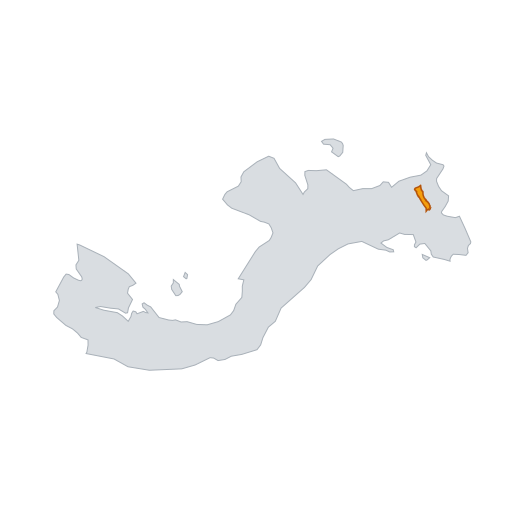 location of Boquerón, Chiriquí, Panama, rotated 156°
{"feature_id": "35544464B36404447942008", "entity_name": "Boquerón", "entity_type": "district", "adm_level": 2, "iso_a3": "PAN", "parent_name": "Panama", "parent_adm1": "Chiriquí", "projection": "albers", "projection_center": [-82.58, 8.629], "detail": "fine", "context": "in_parent", "style": "filled", "palette": "amber", "viewbox_px": 512, "rotation_deg": 156, "n_neighbors": 0, "source": "geoboundaries", "source_scale": "gbopen_adm2", "svg_char_len": 5509}
<svg xmlns="http://www.w3.org/2000/svg" viewBox="0 0 512 512"><g transform="rotate(156 256 256)"><path d="M450.9,236.0L449.6,237.0L445.7,242.8L443.6,247.7L448.8,252.7L450.4,258.2L453.3,264.1L457.9,269.9L463.1,280.9L464.3,285.3L462.9,288.2L458.1,290.1L453.7,295.3L452.6,301.6L453.5,304.7L440.2,315.0L436.8,316.7L434.5,315.2L431.6,310.2L428.1,306.1L426.2,304.7L425.2,304.7L424.1,305.6L423.7,307.8L425.5,317.3L424.1,321.1L419.6,324.1L414.6,339.6L412.5,337.7L395.1,317.2L379.9,291.6L376.7,280.0L380.5,279.3L384.2,279.5L386.2,277.7L388.5,274.3L386.5,266.5L393.7,260.4L396.4,256.4L398.4,256.8L403.2,263.6L410.1,267.5L418.6,273.1L423.8,274.3L417.1,268.4L405.7,260.6L402.4,255.5L399.3,248.3L394.9,251.5L392.9,254.2L390.6,255.7L388.5,253.9L388.2,251.6L381.4,251.2L379.7,249.1L377.9,248.0L378.8,252.4L380.1,255.2L379.5,258.5L377.3,258.8L375.4,255.4L372.9,252.3L369.6,239.2L361.9,233.1L358.4,231.1L355.5,230.4L351.3,226.2L345.6,224.0L338.0,217.6L328.6,213.0L317.1,211.4L303.3,212.6L298.6,215.2L295.5,218.5L294.0,220.1L285.8,223.9L282.8,229.4L280.8,234.0L276.8,239.2L281.5,242.4L254.8,260.3L249.5,262.9L237.5,264.8L234.7,266.7L231.1,270.2L230.6,275.6L231.2,280.1L234.7,283.6L237.8,285.8L245.4,296.3L258.7,309.5L261.3,314.3L263.4,321.5L259.4,324.9L256.3,326.4L243.7,327.0L239.3,329.9L237.6,334.3L232.9,337.9L216.6,341.6L203.8,342.0L199.8,337.9L198.8,326.4L190.1,306.7L188.0,293.1L185.8,294.8L181.3,296.4L179.7,299.8L178.6,309.8L177.0,313.2L173.4,312.9L166.2,309.4L156.6,306.1L144.2,284.8L142.9,280.8L140.5,276.1L131.0,274.1L123.0,270.5L114.1,270.0L109.6,272.0L105.0,269.4L104.2,263.6L95.0,266.2L83.1,265.3L72.5,262.8L65.3,264.2L59.2,268.3L60.0,278.9L58.3,281.0L58.0,276.6L55.9,271.7L53.3,267.5L48.0,263.3L47.7,261.7L49.8,259.5L59.5,253.3L60.7,250.8L60.9,245.4L60.0,240.2L55.6,232.6L58.1,228.0L63.1,224.2L68.2,221.2L69.1,220.0L68.2,217.4L65.2,214.6L58.2,209.9L54.0,209.6L53.8,196.0L54.0,181.5L55.1,180.1L57.7,179.2L59.7,177.0L60.9,172.7L63.9,171.2L69.4,174.5L75.1,177.4L77.4,176.5L79.2,175.1L80.4,173.7L80.8,172.3L85.3,176.2L94.5,183.0L95.1,186.4L94.2,189.6L96.7,198.8L101.5,200.2L106.4,198.4L107.5,200.1L106.7,201.8L104.2,203.7L103.6,211.6L111.5,215.3L115.4,218.6L128.5,217.0L133.3,217.9L136.6,217.0L133.0,210.6L128.1,205.9L128.5,203.8L132.2,205.3L135.0,208.5L141.5,212.5L153.4,226.3L167.0,229.6L177.8,229.1L187.8,227.2L203.7,221.8L215.3,212.0L224.5,207.6L254.3,198.2L264.9,188.5L269.3,187.2L273.6,186.0L282.9,178.6L287.9,172.9L293.2,170.0L309.0,171.9L319.3,174.5L326.4,174.1L333.2,175.9L336.2,180.0L339.3,181.8L356.0,181.2L369.7,183.1L399.9,195.0L418.0,206.9L427.6,219.7L450.9,236.0ZM149.5,334.1L145.6,334.5L137.6,331.4L131.7,325.4L131.2,323.5L131.4,321.5L134.6,315.4L138.8,313.3L140.5,313.3L144.6,320.4L141.8,323.1L143.0,327.5L148.8,330.7L149.5,334.1ZM342.5,265.0L341.1,268.1L337.7,261.3L338.2,259.5L337.9,253.4L341.1,251.8L343.4,251.6L345.4,252.4L346.6,259.7L345.7,263.0L342.5,265.0ZM104.3,186.5L103.5,189.8L98.0,183.8L101.3,182.8L102.5,182.9L104.3,186.5ZM330.6,266.6L327.4,269.8L326.1,266.8L328.3,263.6L329.1,263.6L330.6,266.6Z" fill="#d9dde1" stroke="#a8b0b8" stroke-width="1"/><path d="M82.9,253.2L83.9,252.6L84.0,252.5L84.0,252.4L83.9,252.4L83.7,252.4L83.7,252.2L83.8,251.8L83.8,251.7L83.9,251.4L83.8,250.9L83.7,250.8L83.7,250.7L83.6,250.4L83.4,250.2L83.2,250.0L83.2,249.9L83.3,249.8L83.3,249.7L83.2,249.5L83.1,249.4L83.3,249.1L83.5,249.1L83.6,248.8L83.6,248.7L83.6,248.4L83.6,248.2L83.6,247.9L83.6,247.7L83.6,247.4L83.7,247.2L83.6,246.9L83.6,246.7L83.7,246.4L83.6,246.2L83.7,245.9L83.6,245.7L83.5,245.4L83.5,245.2L83.4,245.0L83.5,244.9L83.5,244.7L83.4,244.6L83.5,244.5L83.4,244.4L83.3,244.2L83.2,244.1L83.3,244.0L83.2,243.9L83.3,243.7L83.2,243.5L83.2,243.4L83.2,243.2L83.0,242.9L83.0,242.7L82.9,242.3L82.9,242.2L82.9,241.9L82.8,241.7L82.8,241.4L82.9,241.2L82.9,240.9L82.8,240.7L82.7,240.6L82.8,240.5L82.8,240.4L82.8,240.2L81.9,234.0L81.1,230.5L81.4,229.8L82.3,227.7L80.5,228.6L80.4,228.6L80.2,228.6L79.8,228.6L79.7,228.6L79.4,228.6L79.4,228.4L79.4,228.2L79.2,227.8L79.2,227.7L78.9,227.6L78.7,227.7L78.7,227.8L78.4,227.8L78.2,227.9L78.1,228.0L77.9,228.1L77.7,228.2L77.6,228.3L77.5,228.5L77.4,228.6L77.5,228.6L77.6,228.8L77.6,229.0L77.5,229.4L77.4,229.5L77.3,229.8L77.3,230.0L77.2,230.2L77.0,230.3L76.9,230.4L76.8,230.5L76.7,230.6L76.7,230.9L76.6,231.0L76.7,231.3L76.8,231.3L76.8,231.5L76.8,231.8L76.7,232.0L76.7,232.3L76.7,232.5L76.7,232.8L76.6,233.0L76.6,233.3L76.6,233.5L76.8,233.8L76.7,233.9L76.7,234.0L76.8,234.3L76.8,234.5L77.0,234.7L77.0,234.8L77.0,235.0L77.1,235.3L77.2,235.5L77.3,235.6L77.2,235.7L77.3,235.8L77.3,236.0L77.4,236.3L77.6,236.4L77.6,236.5L77.8,236.7L77.8,236.8L77.7,237.0L77.8,237.3L77.8,237.6L77.8,237.8L78.0,237.8L77.9,237.9L77.8,238.0L77.9,238.3L78.0,238.4L78.1,238.6L78.2,238.8L78.3,238.9L78.2,239.0L78.3,239.1L78.4,239.3L78.4,239.5L78.4,239.8L78.4,240.0L78.5,240.2L78.5,240.3L78.7,240.6L78.7,240.8L78.8,240.9L78.8,241.0L78.8,241.3L78.7,241.5L78.6,241.8L78.6,242.0L78.7,242.4L78.6,242.5L78.6,243.0L78.6,243.3L78.5,243.5L78.5,243.8L78.5,244.0L78.4,244.3L78.2,244.6L78.2,244.8L78.1,245.0L78.0,245.3L78.0,245.5L77.9,245.7L77.9,245.8L77.7,246.1L77.6,246.3L77.4,246.5L77.4,246.8L77.5,247.1L77.5,247.3L77.5,247.6L77.7,247.8L77.8,247.8L77.9,248.0L77.9,248.3L78.0,248.5L78.1,248.9L78.1,249.1L77.8,249.3L77.8,249.5L77.8,249.8L77.9,250.3L77.8,250.5L77.8,250.8L77.7,251.0L77.7,251.3L77.6,251.5L77.4,251.7L77.4,251.8L77.5,252.1L77.4,252.4L77.4,252.5L77.2,252.6L77.1,252.8L77.1,253.0L77.0,253.3L76.9,253.4L76.9,253.5L79.3,253.0L82.9,253.2Z" fill="#f59e0b" stroke="#b45309" stroke-width="1.5"/></g></svg>